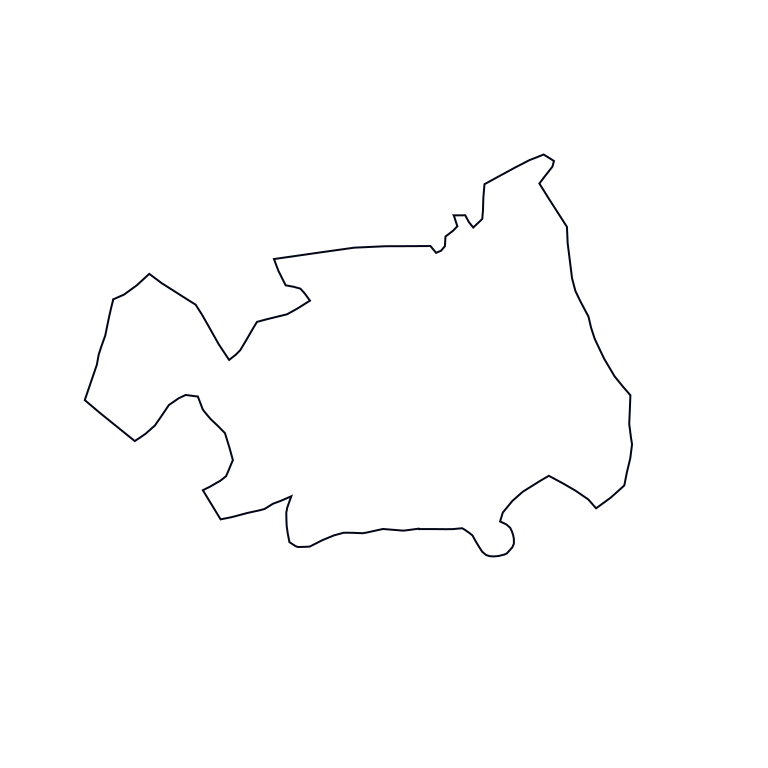 the district of Bereket, Balkan, Turkmenistan, rotated 238°
{"feature_id": "10190150B43473123823457", "entity_name": "Bereket", "entity_type": "district", "adm_level": 2, "iso_a3": "TKM", "parent_name": "Turkmenistan", "parent_adm1": "Balkan", "projection": "natural_earth1", "projection_center": [55.542, 39.495], "detail": "fine", "context": "isolated", "style": "outline", "palette": "ink", "viewbox_px": 768, "rotation_deg": 238, "n_neighbors": 0, "source": "geoboundaries", "source_scale": "gbopen_adm2", "svg_char_len": 2638}
<svg xmlns="http://www.w3.org/2000/svg" viewBox="0 0 768 768"><g transform="rotate(238 384 384)"><path d="M166.7,497.9L166.2,498.0L166.7,505.3L167.5,516.2L170.6,534.0L180.2,543.0L190.5,553.5L201.4,562.4L207.6,565.0L220.2,570.8L231.1,578.3L243.9,587.0L254.7,585.3L268.3,583.6L288.9,584.1L310.6,586.6L322.2,589.5L332.7,593.1L349.5,594.3L361.4,595.6L374.0,599.5L405.5,614.1L405.8,614.2L420.3,622.4L421.7,622.4L452.9,622.0L471.7,622.0L475.1,631.0L479.1,642.1L483.1,646.3L494.0,641.0L496.8,625.8L498.1,610.0L499.3,590.5L500.2,575.1L489.1,566.8L479.0,560.1L471.9,554.8L469.4,542.6L476.3,541.8L484.1,542.3L485.6,539.7L490.1,532.5L489.8,532.5L479.0,529.8L478.9,529.8L477.4,523.9L476.5,514.3L468.6,508.7L466.8,503.1L467.6,497.7L476.4,496.5L488.8,476.4L500.2,458.0L515.4,431.0L529.8,398.7L538.8,378.3L548.3,356.9L535.8,354.4L519.8,352.9L514.4,358.8L509.2,363.6L503.3,364.7L493.9,365.4L493.9,350.2L494.5,338.7L500.7,319.9L504.0,309.2L500.8,302.9L494.2,290.4L488.9,280.1L487.4,273.9L486.5,265.4L505.3,264.9L524.6,265.8L539.2,266.4L551.1,266.3L560.3,261.8L576.9,253.9L587.3,248.9L601.8,243.3L598.7,226.6L597.6,210.9L599.3,199.1L598.6,198.4L598.4,198.4L593.6,193.4L587.0,186.8L585.1,185.0L578.2,178.4L572.9,173.4L565.7,164.3L560.1,157.6L552.5,150.7L528.9,121.7L509.9,127.8L467.7,142.4L467.8,147.4L468.0,152.7L468.2,155.9L468.9,159.9L469.3,162.4L469.7,164.3L469.8,165.4L470.2,167.8L471.1,169.8L472.1,172.1L474.1,176.8L475.9,180.9L477.5,184.5L480.2,190.5L480.2,191.2L480.5,198.0L480.7,202.4L479.8,210.0L472.0,219.5L458.4,216.8L456.3,217.0L450.9,217.7L446.1,218.4L435.7,221.1L426.6,223.1L411.6,219.1L399.5,215.5L394.7,208.6L394.4,208.3L389.5,201.2L388.7,194.0L388.9,189.3L389.1,182.5L389.1,182.2L389.5,178.5L389.9,174.1L355.8,173.7L352.5,182.4L351.1,186.5L347.1,199.6L342.7,211.9L341.3,216.5L341.3,220.9L341.3,226.3L339.6,234.6L337.9,245.9L333.6,240.4L330.4,236.4L326.6,232.9L319.9,228.9L315.1,226.2L308.1,223.1L300.0,220.0L293.5,223.0L291.3,224.7L287.5,231.2L285.5,234.8L284.2,249.1L282.1,261.5L279.2,271.1L274.6,278.3L268.7,286.9L267.2,290.6L261.6,306.3L249.6,322.4L248.4,324.7L242.9,336.8L242.6,336.7L242.4,336.7L241.9,337.7L235.0,348.7L227.8,360.0L224.5,365.4L222.8,368.8L220.3,373.8L217.8,375.2L212.3,377.5L208.6,378.8L205.9,378.6L202.0,378.4L195.1,378.3L189.6,378.4L184.8,380.0L181.9,382.5L179.8,385.4L177.7,389.4L177.2,390.7L176.0,394.4L175.7,395.3L175.2,398.1L175.8,400.4L176.5,402.9L177.5,406.3L179.7,409.5L183.9,412.1L187.3,413.4L191.4,414.4L195.3,414.8L200.2,413.3L205.9,409.6L212.0,416.6L216.8,430.9L219.1,444.6L219.1,465.2L218.8,475.1L205.4,482.8L192.0,489.9L177.8,496.1L166.7,497.9Z" fill="none" stroke="#020617" stroke-width="2"/></g></svg>